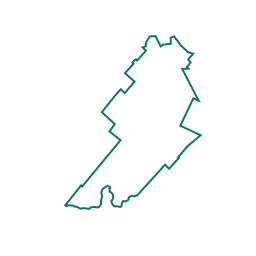 Franklin, Maine, United States of America, rotated 232°
{"feature_id": "52423323B32443521891839", "entity_name": "Franklin", "entity_type": "district", "adm_level": 2, "iso_a3": "USA", "parent_name": "United States of America", "parent_adm1": "Maine", "projection": "robinson", "projection_center": [-70.559, 45.063], "detail": "fine", "context": "isolated", "style": "outline", "palette": "teal", "viewbox_px": 256, "rotation_deg": 232, "n_neighbors": 0, "source": "geoboundaries", "source_scale": "gbopen_adm2", "svg_char_len": 1673}
<svg xmlns="http://www.w3.org/2000/svg" viewBox="0 0 256 256"><g transform="rotate(232 128 128)"><path d="M105.7,31.0L104.9,31.2L104.2,31.8L104.5,32.1L104.1,33.0L100.7,36.9L100.6,37.0L99.4,37.5L98.8,37.6L97.4,39.2L95.0,40.2L93.8,40.7L93.1,41.9L93.2,42.1L91.9,43.9L89.4,46.5L88.5,47.3L88.2,47.5L88.3,49.9L86.6,52.7L86.4,53.0L84.5,54.8L83.9,55.4L83.7,55.7L83.6,56.1L83.7,56.5L84.5,59.7L85.6,60.8L86.1,61.0L87.7,62.3L89.1,64.4L89.9,65.4L91.4,66.3L93.1,66.9L95.0,69.3L95.5,71.1L95.1,76.3L93.6,77.1L93.0,77.4L91.8,77.2L91.7,77.2L91.7,75.9L89.5,74.6L88.8,74.5L88.6,74.5L88.3,74.8L87.6,74.9L85.1,75.2L83.7,74.5L82.8,73.8L81.0,71.8L80.9,71.0L81.0,70.3L79.7,69.3L79.5,69.2L76.1,68.7L74.4,69.2L74.0,69.5L73.9,69.9L73.5,70.8L72.1,71.9L70.4,73.7L70.4,74.0L70.5,74.8L70.6,75.1L70.9,75.2L72.1,76.4L72.7,77.2L72.9,77.5L73.4,79.1L73.4,79.3L73.2,79.4L72.8,79.6L72.6,79.7L71.9,80.6L71.2,83.1L71.2,83.3L71.3,84.1L71.4,84.5L71.6,84.8L72.0,85.2L72.4,85.2L72.6,85.6L72.8,86.1L72.6,87.8L72.1,89.4L71.6,90.0L69.9,91.2L69.9,91.8L69.6,92.9L69.2,93.6L76.3,134.6L70.6,135.3L73.1,149.7L74.1,149.5L77.0,163.4L77.6,180.8L97.6,170.6L104.2,183.9L111.1,197.8L106.0,200.5L132.3,205.4L141.0,207.1L137.5,212.3L139.8,211.9L141.0,217.6L144.9,217.8L146.4,225.0L151.3,221.9L160.6,220.5L171.9,220.8L172.8,217.1L168.0,213.6L172.1,206.9L172.2,204.0L183.4,206.3L184.3,205.1L186.8,201.5L186.4,200.5L184.2,194.5L181.4,192.3L182.5,189.1L177.9,189.7L177.0,184.6L175.6,176.7L177.2,176.5L177.2,174.1L176.9,171.8L175.3,172.0L173.0,159.4L160.5,161.7L157.6,146.9L163.0,146.1L161.4,137.5L156.6,117.1L139.2,120.0L136.7,111.3L123.0,114.6L110.1,55.8L111.7,55.6L105.7,31.0Z" fill="none" stroke="#0f766e" stroke-width="2"/></g></svg>